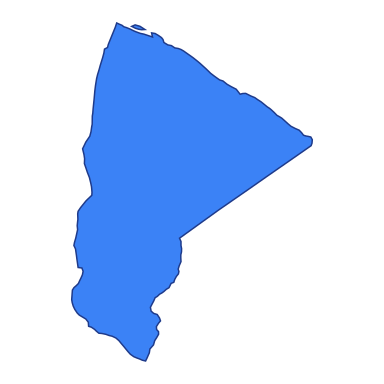 outline of Itarema, Ceará, Brazil
{"feature_id": "56859067B50082405211585", "entity_name": "Itarema", "entity_type": "district", "adm_level": 2, "iso_a3": "BRA", "parent_name": "Brazil", "parent_adm1": "Ceará", "projection": "mercator", "projection_center": [-39.901, -3.07], "detail": "fine", "context": "isolated", "style": "filled", "palette": "blue", "viewbox_px": 384, "rotation_deg": 0, "n_neighbors": 0, "source": "geoboundaries", "source_scale": "gbopen_adm2", "svg_char_len": 2598}
<svg xmlns="http://www.w3.org/2000/svg" viewBox="0 0 384 384"><path d="M145.6,361.0L147.1,357.9L148.3,355.1L149.3,352.9L149.9,349.0L153.5,344.9L154.7,340.7L156.7,337.6L158.6,334.2L158.5,331.6L156.6,329.5L156.4,326.6L158.6,323.1L160.5,320.9L159.5,318.0L157.2,314.5L153.7,313.4L151.1,311.1L150.4,307.3L152.0,304.2L153.8,300.8L155.1,297.7L157.3,296.4L159.6,294.2L162.0,292.9L163.9,291.5L166.3,289.3L169.0,287.7L171.1,283.4L173.8,282.3L174.7,279.5L176.4,276.4L178.4,273.9L178.9,271.5L178.2,269.1L179.2,265.8L181.0,261.6L180.8,258.0L180.8,254.8L181.5,251.9L181.6,248.6L181.0,245.5L181.0,241.5L179.5,238.2L218.5,210.1L247.8,189.8L266.8,176.5L284.8,164.0L311.1,145.7L312.0,143.2L312.3,139.7L310.8,137.0L308.3,136.4L305.9,136.0L303.5,135.2L301.6,132.7L299.2,130.2L295.3,128.5L291.0,126.3L287.9,123.7L284.4,120.5L281.7,118.1L279.6,116.8L276.9,115.3L274.4,112.7L271.3,109.8L269.5,108.3L267.3,106.9L263.4,103.7L260.9,101.7L257.6,99.6L254.8,97.6L250.9,96.0L245.7,93.4L242.8,93.5L240.1,94.2L236.2,89.2L231.5,86.8L227.1,84.3L223.0,81.0L219.6,79.9L216.2,77.5L213.9,75.8L210.5,73.2L208.5,71.2L205.7,68.5L203.6,66.6L200.4,63.7L197.7,61.4L193.2,57.8L190.7,56.0L187.7,53.9L183.6,51.0L181.0,49.5L178.3,48.5L174.8,47.9L171.4,45.6L167.8,44.9L163.9,42.5L163.0,39.5L161.5,37.6L158.5,35.5L155.1,33.5L151.6,32.9L152.5,37.0L143.8,34.1L140.4,33.4L136.0,31.8L133.2,30.6L130.0,29.0L126.5,27.6L123.9,26.8L122.0,25.3L119.6,24.3L116.7,23.0L115.3,27.2L108.3,44.4L107.5,47.5L104.5,49.1L103.9,53.0L102.6,57.8L100.2,65.6L99.2,69.3L98.5,71.6L97.6,74.5L96.6,78.6L95.9,83.0L95.5,85.5L94.8,91.2L94.1,99.2L93.1,109.0L92.8,113.1L92.3,116.0L92.2,124.2L91.7,126.7L91.0,131.7L89.8,136.2L85.8,142.1L84.0,145.9L82.6,148.8L84.0,154.7L84.6,158.7L84.4,163.6L85.9,167.9L87.4,172.4L89.4,177.5L90.7,182.8L91.5,186.7L91.8,189.8L92.0,192.5L91.8,195.3L87.7,199.2L85.9,201.0L80.6,207.6L78.1,211.3L77.7,213.9L77.9,219.3L77.6,221.7L77.2,225.7L77.6,229.7L76.5,234.7L75.8,237.9L74.5,242.4L73.9,245.5L75.5,248.9L76.4,255.1L76.9,259.0L78.1,267.5L81.9,268.0L83.1,271.3L82.4,274.8L80.9,278.2L79.7,280.6L78.4,283.5L76.3,285.6L74.0,287.6L72.4,290.1L72.2,292.8L72.0,295.6L71.7,299.5L72.2,302.6L73.2,306.0L74.8,309.4L77.3,313.1L79.3,315.1L82.5,317.0L85.8,319.0L88.3,322.2L88.6,326.3L91.4,327.2L94.6,329.4L96.3,331.1L98.8,333.2L101.9,333.5L105.8,334.3L109.1,335.5L112.1,336.2L115.9,338.0L118.9,340.6L121.1,343.3L123.9,346.6L126.0,349.2L127.9,351.5L130.3,354.2L133.8,356.7L136.9,358.0L139.4,358.9L142.3,360.2L145.6,361.0ZM144.9,29.5L140.0,26.3L135.1,24.9L131.7,26.4L135.5,28.3L138.8,29.3L141.6,29.7L144.9,29.5Z" fill="#3b82f6" stroke="#1e3a8a" stroke-width="1.5"/></svg>